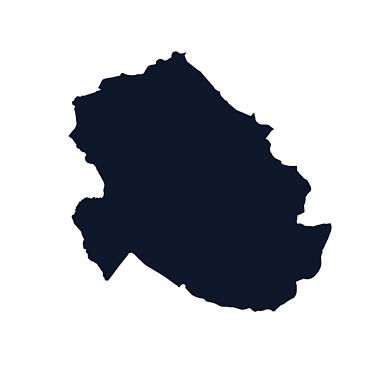 the district of Nsawam Adoagyiri, Eastern, Ghana, rotated 252°
{"feature_id": "2480657B74727980909537", "entity_name": "Nsawam Adoagyiri", "entity_type": "district", "adm_level": 2, "iso_a3": "GHA", "parent_name": "Ghana", "parent_adm1": "Eastern", "projection": "mercator", "projection_center": [-0.35, 5.828], "detail": "fine", "context": "isolated", "style": "filled", "palette": "ink", "viewbox_px": 384, "rotation_deg": 252, "n_neighbors": 0, "source": "geoboundaries", "source_scale": "gbopen_adm2", "svg_char_len": 5936}
<svg xmlns="http://www.w3.org/2000/svg" viewBox="0 0 384 384"><g transform="rotate(252 192 192)"><path d="M193.8,285.5L197.6,281.3L200.1,279.8L201.1,279.4L203.9,278.9L204.6,278.7L205.5,278.3L209.0,278.6L213.1,281.2L217.6,279.8L219.0,278.3L219.8,277.2L221.3,279.0L223.8,282.8L226.1,285.8L226.8,288.3L231.6,285.0L232.5,283.0L234.2,278.2L234.6,277.5L235.2,276.7L236.1,276.0L238.6,274.5L239.4,274.2L240.5,274.0L241.7,274.0L242.8,274.4L245.0,274.6L247.2,274.8L246.9,274.2L245.9,273.0L245.6,272.3L245.5,271.3L245.7,270.6L255.7,259.1L265.2,253.2L267.5,252.7L267.8,252.3L268.1,251.5L274.7,248.4L278.4,248.6L281.6,245.7L283.6,244.6L285.6,244.3L288.7,242.8L303.6,236.6L305.3,235.0L317.6,226.8L324.4,226.4L325.1,227.0L325.9,228.1L326.0,225.9L326.7,222.7L328.6,221.6L329.6,220.8L330.2,219.2L330.1,217.2L329.7,216.8L328.7,215.8L327.8,215.3L326.9,215.0L325.8,214.8L325.3,211.9L324.5,209.1L324.5,206.4L326.0,205.1L327.5,203.3L327.8,200.9L326.9,198.9L324.3,197.9L324.1,196.1L324.8,191.3L324.7,190.0L324.0,188.6L321.8,186.1L321.6,185.6L320.8,184.9L320.0,184.2L319.3,183.2L318.9,182.2L318.8,181.2L318.9,180.3L319.1,179.4L320.2,176.4L320.0,174.7L320.3,172.6L321.0,170.4L323.0,165.8L323.9,165.2L324.1,164.2L324.6,163.6L325.3,163.5L325.9,162.7L325.9,161.8L325.8,161.3L325.1,160.7L324.3,160.5L324.2,158.7L324.6,155.7L324.9,152.1L325.2,149.8L325.3,148.4L325.7,147.1L325.8,146.6L325.7,145.8L325.9,144.8L326.0,143.2L325.6,142.0L325.0,141.0L321.1,137.2L320.3,136.7L319.9,135.9L317.3,138.9L316.8,138.8L316.8,136.8L316.4,136.5L316.7,132.5L316.0,131.0L316.1,127.7L316.0,126.5L316.1,121.4L316.0,118.9L316.7,117.7L316.7,116.6L316.3,115.7L316.3,114.9L317.7,112.8L317.6,111.7L317.0,110.8L316.6,109.8L314.9,108.7L314.5,107.7L314.3,106.3L312.3,106.1L310.9,107.6L309.7,108.1L308.6,107.8L307.6,106.6L306.7,106.2L304.6,106.3L299.3,105.5L295.4,104.6L294.2,104.5L291.8,103.8L290.6,103.0L288.0,100.6L286.2,97.4L283.2,92.8L279.9,95.2L277.8,95.9L276.8,96.0L276.1,96.4L273.4,97.3L272.8,97.4L270.3,96.7L269.4,97.3L268.6,98.4L268.1,99.0L266.7,99.3L265.3,99.8L263.7,102.2L262.2,103.3L260.6,103.8L259.7,104.0L259.0,103.0L257.6,101.5L255.0,101.1L252.5,102.2L251.1,104.3L249.7,107.2L245.7,109.0L245.1,109.1L242.9,108.9L241.3,109.5L238.6,109.9L230.2,111.6L228.0,111.8L226.4,111.7L225.5,111.5L223.5,110.7L220.9,108.9L218.3,108.6L217.3,108.3L214.1,106.6L214.4,106.1L214.2,105.5L213.4,105.2L213.0,104.7L212.9,104.3L213.0,104.0L213.3,104.0L213.7,103.7L213.8,103.2L214.4,103.0L214.4,102.6L214.0,102.3L213.3,102.4L213.2,102.0L213.4,101.7L214.8,100.5L214.7,100.1L214.7,99.7L215.3,99.5L215.4,99.2L215.2,98.9L214.9,98.9L214.8,98.5L214.9,98.3L214.9,97.3L215.3,96.9L215.8,96.9L216.2,97.2L216.6,97.4L216.7,96.3L216.1,95.9L216.4,93.8L216.1,93.2L216.2,92.6L216.4,92.5L217.4,92.5L217.5,92.1L217.3,91.4L217.6,91.1L218.2,90.8L219.0,89.6L218.0,88.6L217.7,88.0L217.8,87.6L218.0,87.8L218.6,87.8L218.5,87.4L218.0,86.7L217.8,86.0L218.0,84.9L217.2,84.7L216.6,83.7L216.6,83.0L216.9,82.5L216.4,81.7L214.9,80.4L214.8,80.0L214.5,79.8L213.8,80.2L213.6,80.2L213.5,79.9L213.9,78.9L213.2,78.7L212.9,78.9L212.6,78.7L212.6,78.4L213.2,78.0L213.0,77.6L212.6,77.3L211.4,77.2L211.0,76.1L210.7,76.0L210.0,76.2L208.7,75.7L208.4,75.3L208.1,74.6L207.7,74.1L207.4,74.1L206.8,75.1L206.4,74.9L206.2,73.3L205.4,73.3L204.9,72.9L204.8,72.4L204.9,72.1L206.4,71.9L206.2,71.2L205.5,70.7L204.8,71.1L204.5,70.5L202.9,70.8L198.2,70.9L195.7,72.1L188.3,75.2L185.5,74.7L180.2,75.6L177.7,73.4L175.9,72.8L172.1,72.1L170.7,74.2L170.0,74.4L169.2,74.2L168.5,73.6L167.8,73.3L166.3,73.8L165.5,74.8L165.1,74.9L163.7,74.0L162.6,73.7L161.4,73.5L160.6,73.7L159.3,75.0L158.1,75.2L157.8,75.5L156.9,77.2L156.5,77.6L155.9,77.8L155.3,78.3L154.5,79.1L153.3,80.2L152.6,80.4L151.8,80.3L151.1,80.4L149.6,81.2L145.8,82.1L145.3,82.4L144.3,82.8L143.4,83.0L141.6,82.8L141.1,82.7L140.4,82.3L139.4,82.1L138.0,82.8L135.7,82.8L135.1,83.1L134.9,83.4L134.5,84.7L138.3,90.4L143.7,97.8L152.3,110.8L154.1,113.0L153.6,116.6L150.4,118.8L147.2,120.4L146.8,120.5L141.5,123.5L140.3,124.0L137.2,125.9L125.0,136.5L119.7,140.9L111.0,147.2L110.9,147.6L110.3,148.0L109.7,148.2L108.9,148.7L108.5,149.4L107.9,149.8L106.4,150.2L106.1,150.5L106.3,151.1L107.1,151.8L107.4,152.4L107.7,153.2L108.0,154.5L107.9,155.3L107.4,156.5L106.6,157.1L105.8,157.4L105.2,157.5L104.2,157.4L103.0,157.1L102.8,156.8L94.3,160.9L90.9,164.6L89.4,166.9L87.4,170.7L85.7,171.7L84.1,172.3L82.3,175.5L80.0,179.2L77.0,182.4L76.2,183.0L74.6,185.1L74.1,185.9L72.8,190.0L71.2,193.1L70.5,195.7L67.5,200.1L65.2,203.4L64.6,207.6L64.7,211.3L60.3,214.3L59.6,214.8L59.2,215.4L59.2,216.2L59.6,216.8L59.8,217.2L59.1,218.9L58.8,219.3L58.1,221.4L58.3,222.4L57.9,223.6L58.2,225.2L57.6,228.7L56.9,229.7L56.4,230.6L55.7,231.4L54.3,232.2L53.8,233.9L54.7,234.5L54.9,235.5L57.5,241.3L57.9,244.8L59.1,248.4L60.2,252.8L60.4,254.9L60.9,256.6L62.5,258.3L63.3,259.0L65.0,260.1L70.7,262.0L74.8,262.2L75.3,263.5L75.4,264.5L75.7,269.9L75.8,270.6L76.2,271.3L75.6,272.2L75.0,272.9L74.5,273.9L74.1,274.9L73.7,277.3L73.8,279.2L73.9,279.9L74.9,282.7L77.5,286.9L78.8,288.3L81.0,290.4L83.0,291.7L85.2,292.5L90.6,294.0L91.6,294.5L92.6,295.1L94.7,296.9L97.0,297.3L97.4,297.9L97.8,298.9L103.2,303.7L105.5,306.0L112.2,311.4L113.5,312.2L115.4,313.0L117.3,313.5L118.9,313.4L119.5,309.5L120.5,307.5L120.6,306.7L121.1,299.7L120.9,296.9L122.3,294.0L123.1,291.1L124.7,288.0L125.2,287.6L126.2,287.2L127.5,285.6L128.3,284.0L128.4,283.4L128.1,282.5L128.1,281.6L132.5,281.7L133.1,282.5L138.0,284.7L138.2,285.3L138.0,287.4L138.0,288.4L138.2,289.4L138.9,291.0L138.5,291.8L138.9,292.3L144.6,293.6L145.4,293.9L146.6,295.2L147.6,295.8L149.4,296.7L150.2,297.2L150.9,297.4L151.9,297.3L155.0,300.9L156.9,304.7L157.9,305.3L158.8,305.7L159.7,305.8L160.8,305.8L163.2,305.3L164.5,305.2L166.7,304.7L167.5,304.4L168.2,303.8L169.6,302.4L170.2,301.9L171.9,301.3L175.9,299.3L178.0,298.6L179.9,297.7L183.9,299.0L184.2,297.9L184.6,296.8L185.3,294.3L186.3,291.9L187.0,290.6L189.3,286.9L190.0,286.2L191.0,285.3L193.8,285.5Z" fill="#0f172a" stroke="#020617" stroke-width="1.5"/></g></svg>